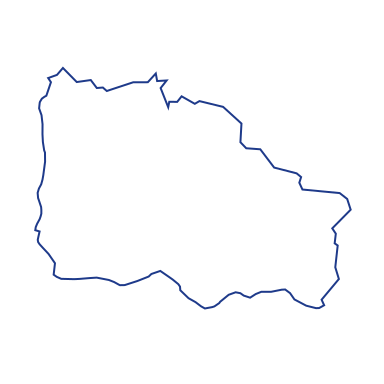 outline of Novo Selo, Novo Selo, North Macedonia, rotated 95°
{"feature_id": "65306769B50594974244279", "entity_name": "Novo Selo", "entity_type": "district", "adm_level": 2, "iso_a3": "MKD", "parent_name": "North Macedonia", "parent_adm1": "Novo Selo", "projection": "mercator", "projection_center": [22.902, 41.433], "detail": "fine", "context": "isolated", "style": "outline", "palette": "blue", "viewbox_px": 384, "rotation_deg": 95, "n_neighbors": 0, "source": "geoboundaries", "source_scale": "gbopen_adm2", "svg_char_len": 1625}
<svg xmlns="http://www.w3.org/2000/svg" viewBox="0 0 384 384"><g transform="rotate(95 192 192)"><path d="M180.2,44.8L179.9,82.2L173.4,85.9L167.6,84.6L164.3,89.4L160.5,112.3L143.5,127.7L143.7,141.8L138.2,148.1L119.5,148.7L104.5,168.4L100.8,192.5L103.9,196.9L97.6,210.7L103.5,214.6L104.1,222.5L109.6,223.1L91.2,232.3L83.1,227.0L84.5,236.4L77.1,238.4L86.5,245.6L87.8,260.1L98.8,285.7L95.7,289.9L96.7,295.9L89.3,302.6L92.5,316.4L79.7,331.4L87.1,336.7L91.0,345.2L94.9,342.1L108.8,345.5L110.0,347.3L112.1,349.7L115.4,351.3L116.4,351.5L122.0,351.6L128.6,348.6L137.5,346.8L147.4,346.0L155.2,344.9L163.4,342.9L165.5,341.9L174.6,341.0L188.1,341.6L192.6,342.0L197.5,342.9L201.9,344.8L206.3,345.7L211.4,344.8L214.3,343.5L216.9,342.4L220.1,341.0L223.1,340.5L226.7,340.2L229.6,340.7L232.3,341.4L237.1,343.5L240.6,344.6L243.7,344.8L244.6,340.4L249.8,341.1L253.1,341.5L255.3,340.9L257.3,339.3L261.0,335.3L266.2,329.5L274.9,322.3L286.4,322.6L288.3,319.4L289.9,314.7L289.1,301.8L288.4,296.6L286.7,286.7L285.6,279.5L286.9,267.1L288.5,261.7L290.8,256.5L291.1,255.6L290.6,250.9L285.4,238.6L280.0,227.8L277.2,225.3L273.4,216.7L278.8,207.2L280.9,203.6L285.0,197.6L287.3,195.7L290.9,195.1L298.1,186.2L301.4,178.9L305.1,173.0L306.9,169.0L304.9,161.8L304.0,159.7L300.3,155.2L298.9,154.4L291.2,146.5L288.1,139.8L288.6,135.0L290.7,131.4L292.2,124.9L288.1,119.6L285.4,114.3L284.5,104.4L283.1,99.6L281.5,94.1L281.0,90.7L284.2,85.5L290.1,80.6L295.3,68.3L296.9,58.3L296.5,55.2L293.3,50.5L288.0,53.5L265.9,38.1L254.5,42.7L232.6,42.2L230.7,45.4L221.0,45.1L216.0,49.1L195.8,32.4L185.4,36.8L180.2,44.8Z" fill="none" stroke="#1e3a8a" stroke-width="2"/></g></svg>